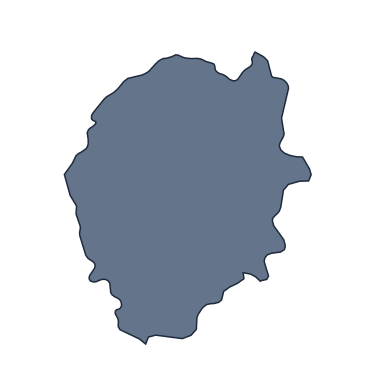 Creuse, Albers equal-area conic projection, rotated 251°
{"feature_id": "FRA-5284", "entity_name": "Creuse", "entity_type": "Metropolitan department", "adm_level": 1, "iso_a3": "FRA", "parent_name": "France", "parent_adm1": "", "projection": "albers", "projection_center": [2.052, 46.063], "detail": "fine", "context": "isolated", "style": "filled", "palette": "slate", "viewbox_px": 384, "rotation_deg": 251, "n_neighbors": 0, "source": "natural_earth", "source_scale": "10m", "svg_char_len": 2357}
<svg xmlns="http://www.w3.org/2000/svg" viewBox="0 0 384 384"><g transform="rotate(251 192 192)"><path d="M175.5,310.6L169.6,310.3L164.5,305.9L167.2,297.1L167.8,285.6L164.0,279.1L148.6,270.9L145.6,268.4L144.4,266.7L142.1,261.8L140.8,259.8L138.7,258.6L133.4,258.3L117.1,263.2L112.0,262.9L109.4,262.1L107.4,260.4L106.4,256.2L108.2,247.1L108.1,242.7L105.9,239.3L102.7,237.6L87.6,237.0L85.0,234.2L85.7,228.0L85.4,227.5L91.0,224.6L95.2,220.8L99.1,214.1L93.1,212.9L90.9,205.5L89.8,196.3L87.7,189.6L80.3,184.8L79.0,181.4L79.3,176.8L80.4,173.0L80.8,169.1L79.2,164.4L74.1,157.7L71.2,155.6L60.7,151.4L56.8,144.4L56.5,135.2L68.5,111.0L69.0,103.5L63.3,98.7L70.4,94.2L85.1,79.2L88.2,78.4L90.6,79.0L93.2,80.2L96.3,80.7L102.1,79.8L104.3,80.7L105.3,82.3L105.0,84.4L105.6,86.5L107.5,88.4L111.1,89.2L113.8,88.6L116.0,87.0L118.1,84.8L120.9,82.9L123.3,82.4L132.6,84.6L135.2,83.8L137.1,82.3L138.1,80.4L138.6,78.5L138.7,76.4L138.5,74.3L138.4,72.0L138.9,69.7L140.8,67.1L142.8,66.5L144.8,66.9L146.6,68.3L151.3,74.7L153.4,76.3L156.2,76.7L158.4,75.6L162.9,72.2L165.2,71.4L167.4,71.0L187.3,71.7L190.0,72.4L194.5,74.8L196.3,75.2L208.9,75.2L216.4,78.3L224.6,76.5L228.2,75.7L250.1,77.0L257.9,88.0L264.0,94.1L265.3,97.2L265.8,100.6L267.5,106.2L269.3,108.2L271.4,109.6L275.7,111.0L282.1,112.2L284.1,113.9L285.3,115.7L286.2,119.1L286.9,121.1L288.3,123.5L289.8,123.9L292.0,121.6L293.8,120.8L297.0,121.9L299.3,124.6L308.5,139.3L309.9,142.5L311.3,149.4L312.3,152.3L313.7,155.5L318.4,163.0L320.3,168.2L318.9,182.7L319.1,185.6L319.8,189.4L320.9,191.9L324.8,198.9L326.8,203.3L327.4,206.4L327.5,208.8L326.6,212.1L326.7,213.6L326.5,216.6L327.0,221.3L325.9,223.5L322.5,227.1L320.9,229.3L319.6,232.0L318.2,235.2L316.7,240.3L315.2,243.2L313.4,245.3L311.7,246.8L310.3,248.5L307.1,253.1L306.2,254.1L305.4,254.4L304.1,254.6L299.9,253.8L297.8,254.5L295.5,256.1L292.9,259.6L290.7,261.6L286.0,264.4L283.6,267.3L283.1,269.7L283.7,272.1L288.5,278.6L289.7,280.7L290.5,282.8L291.5,287.1L292.2,289.1L293.5,290.6L295.2,291.3L297.0,291.5L299.1,292.1L299.5,292.5L300.7,294.1L302.5,295.6L303.8,297.2L296.6,303.7L291.4,306.2L275.5,305.0L274.1,305.8L270.0,313.2L267.5,315.5L264.6,316.9L261.5,317.5L258.7,317.1L232.7,300.7L216.7,297.9L214.4,296.2L209.9,291.3L208.2,290.1L206.4,289.5L202.7,289.7L198.7,292.0L194.7,296.5L191.3,302.2L189.1,307.9L175.5,310.6Z" fill="#64748b" stroke="#1e293b" stroke-width="1.5"/></g></svg>